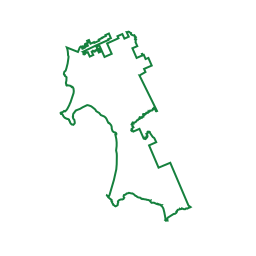 Hope Vale, Queensland, Australia, rotated 151°
{"feature_id": "25037944B25466476596436", "entity_name": "Hope Vale", "entity_type": "district", "adm_level": 2, "iso_a3": "AUS", "parent_name": "Australia", "parent_adm1": "Queensland", "projection": "albers", "projection_center": [145.212, -15.137], "detail": "fine", "context": "isolated", "style": "outline", "palette": "green", "viewbox_px": 256, "rotation_deg": 151, "n_neighbors": 0, "source": "geoboundaries", "source_scale": "gbopen_adm2", "svg_char_len": 5952}
<svg xmlns="http://www.w3.org/2000/svg" viewBox="0 0 256 256"><g transform="rotate(151 128 128)"><path d="M142.5,228.1L142.8,226.4L143.5,224.3L144.5,222.0L145.1,220.9L145.4,219.2L146.7,217.4L149.6,213.6L152.8,210.2L154.5,208.6L155.0,208.3L156.3,208.1L157.6,206.8L158.0,206.1L157.9,205.1L157.6,204.9L157.9,204.1L157.2,202.6L157.2,202.1L159.0,199.2L160.3,197.8L160.7,197.0L160.7,195.8L161.1,195.6L161.1,195.1L160.9,194.7L160.1,194.6L158.4,193.3L158.0,192.7L157.7,192.6L157.4,191.1L156.8,191.1L156.6,190.8L156.5,189.1L157.5,186.6L158.7,184.9L166.1,178.1L166.7,177.8L168.2,176.5L171.7,174.2L173.2,173.5L174.9,173.0L175.4,173.3L175.3,173.6L175.6,173.9L177.6,173.5L178.9,174.0L179.7,173.8L179.8,172.7L178.9,172.1L178.7,171.5L178.8,169.5L178.4,167.6L177.8,167.0L177.5,166.2L176.7,165.3L176.3,165.2L175.5,163.9L175.9,163.0L175.6,162.2L176.0,160.8L175.9,159.5L175.3,158.1L174.8,157.9L174.2,157.3L172.4,157.9L171.8,158.8L171.0,161.1L171.3,162.5L171.2,163.4L170.8,164.2L170.9,164.5L170.5,165.0L170.3,165.0L169.9,165.8L169.1,166.8L168.3,167.3L167.3,167.5L166.8,168.0L165.8,168.2L165.4,168.6L164.9,168.6L160.7,168.0L157.6,168.1L152.6,167.8L151.4,166.8L149.8,165.0L149.2,163.8L147.9,160.7L147.6,159.4L147.7,158.4L147.3,157.5L145.9,155.1L145.5,152.5L143.2,149.6L142.6,148.1L142.4,146.6L142.7,142.2L142.3,141.9L142.4,141.5L141.9,141.1L141.4,138.6L141.7,137.0L142.5,135.4L143.0,133.1L142.6,131.5L141.2,130.1L140.9,129.3L140.9,128.7L141.2,128.3L141.6,128.7L142.2,128.6L143.5,124.2L145.0,120.7L146.7,117.7L149.3,114.1L150.2,111.2L151.3,109.0L155.5,101.7L158.3,97.5L165.5,89.4L176.7,78.3L177.8,77.6L178.7,78.5L179.1,79.3L179.2,79.2L178.5,77.9L178.9,77.8L178.9,77.0L178.1,75.1L178.0,74.6L177.7,74.3L177.3,73.1L177.6,73.1L177.6,72.8L178.0,72.1L177.7,71.2L178.0,71.0L178.1,69.3L177.9,69.0L178.2,68.0L177.6,67.2L177.4,66.3L176.8,65.5L174.6,65.5L174.0,66.1L173.8,66.7L172.6,67.7L172.5,68.5L172.0,68.9L170.7,69.2L169.6,69.1L168.6,68.9L167.8,68.3L166.4,68.1L165.8,68.6L165.2,68.8L165.3,69.1L165.0,70.4L164.1,71.3L162.9,71.0L162.7,71.1L162.2,71.0L161.0,71.4L159.7,70.9L158.7,70.9L156.6,69.0L155.8,68.6L154.8,66.6L154.4,65.1L153.6,64.3L153.3,63.1L152.5,62.2L150.9,60.9L150.6,59.5L150.1,59.3L149.9,58.9L149.3,58.8L148.7,58.1L146.7,56.6L146.4,56.1L145.2,55.3L144.4,54.3L144.3,53.9L144.1,53.7L143.5,53.6L144.1,53.0L143.7,51.2L141.5,50.1L141.2,49.5L140.9,49.3L140.0,47.9L139.5,47.4L139.5,47.7L139.0,47.6L137.4,45.6L136.8,45.2L136.6,44.5L136.4,44.4L136.8,44.3L136.2,43.0L136.1,40.5L137.1,36.7L138.5,32.5L139.6,29.5L140.1,29.4L139.8,28.5L138.9,28.3L138.3,27.9L137.5,29.9L136.5,30.3L129.7,30.7L128.7,30.2L126.9,30.4L125.9,31.0L126.1,31.5L125.7,31.7L124.2,32.1L124.1,32.3L122.1,31.8L121.9,32.0L121.8,31.7L119.9,31.1L119.7,31.4L118.5,29.9L117.5,29.3L117.0,29.3L116.1,29.5L115.1,28.7L113.8,28.8L112.9,28.6L112.8,28.8L112.1,28.5L111.6,28.5L112.7,30.9L107.9,77.1L120.5,78.5L118.0,102.6L110.2,101.9L109.9,106.1L110.0,106.8L110.7,108.1L111.1,112.0L111.1,113.6L110.9,113.8L111.1,114.3L111.9,114.3L111.7,114.6L111.9,114.9L112.4,114.9L112.6,115.2L112.9,115.1L113.1,114.7L112.9,114.8L112.8,114.6L113.6,114.2L113.5,113.9L113.9,113.7L114.6,113.9L114.6,113.6L114.8,113.3L114.6,112.3L115.2,111.9L114.9,111.5L115.0,111.2L115.5,110.8L115.7,111.1L116.2,110.5L116.8,110.5L117.4,110.0L118.1,109.9L118.2,110.1L118.1,110.6L118.3,110.4L118.5,110.7L118.8,110.5L119.4,111.1L118.4,121.7L125.1,122.3L125.2,123.5L126.1,123.5L126.3,124.2L125.7,124.5L125.7,125.0L125.4,125.4L124.6,125.4L123.6,126.0L122.9,126.0L122.9,126.5L123.3,126.6L123.2,126.9L123.3,127.4L123.0,127.6L122.7,128.1L123.2,129.3L122.7,129.7L121.9,129.7L121.5,130.5L121.3,130.6L120.9,130.2L120.7,129.4L120.3,129.8L120.1,129.6L118.0,129.6L116.3,130.4L115.6,130.1L114.7,130.6L113.5,130.3L113.4,130.5L113.6,130.8L112.7,131.3L112.8,131.6L112.5,131.8L111.8,131.3L111.9,130.6L111.3,130.5L111.1,130.2L110.6,130.2L110.0,131.0L109.5,130.9L109.3,130.5L109.0,130.4L108.2,131.5L108.1,131.9L108.3,132.4L107.9,132.8L106.7,132.2L106.8,131.5L106.0,131.6L105.7,131.9L104.5,131.9L104.4,132.4L104.0,132.3L103.2,131.7L102.2,132.6L102.1,132.1L101.6,131.9L101.3,132.3L100.6,132.1L100.2,132.5L98.6,131.7L98.2,132.0L97.5,132.0L97.1,132.5L96.9,132.3L96.9,132.0L96.5,131.8L96.3,131.9L96.0,132.9L95.3,133.2L95.1,132.5L95.0,131.4L94.7,130.6L95.3,129.9L95.4,129.1L95.2,128.9L94.4,128.8L92.5,168.1L92.3,167.9L91.6,168.4L85.6,168.5L85.3,171.9L77.0,171.1L76.2,179.4L79.2,179.8L78.7,184.2L79.7,184.3L79.5,185.9L79.9,186.0L80.0,184.5L86.5,185.1L85.5,195.6L80.2,195.1L79.8,199.5L79.5,199.7L78.8,201.0L78.2,201.4L78.9,202.0L78.9,202.4L77.5,203.1L77.8,203.5L77.9,204.1L77.2,204.4L77.6,205.4L77.5,206.1L78.4,206.3L79.7,207.9L79.9,208.5L79.3,209.5L79.8,210.0L80.4,211.5L81.0,212.1L82.0,212.1L82.7,212.5L83.1,207.5L87.8,207.9L87.4,212.9L92.7,213.4L92.8,211.1L105.3,212.1L106.3,200.8L114.1,201.5L113.1,213.5L113.7,214.2L115.0,214.3L114.8,215.6L102.4,214.5L102.3,215.2L99.4,214.9L98.9,219.9L102.7,220.2L102.8,219.2L107.0,219.6L107.0,219.2L110.7,219.5L110.8,218.3L116.2,218.8L116.1,219.6L119.9,219.9L119.5,223.9L121.5,224.1L121.7,222.0L124.8,222.3L125.5,221.6L123.0,221.3L123.2,219.4L126.2,219.7L126.5,219.2L129.3,219.3L129.5,219.5L129.4,220.1L129.0,220.1L129.0,219.6L128.3,219.7L128.2,219.9L128.4,220.4L127.9,220.7L128.1,220.9L128.1,221.4L129.2,221.5L129.6,222.1L131.0,221.9L134.9,218.8L142.5,228.1ZM121.3,211.9L121.5,212.4L121.9,212.1L122.2,212.3L122.4,212.0L122.8,212.1L123.0,208.7L126.8,209.0L126.4,213.8L126.9,214.1L127.3,213.8L128.0,214.3L128.1,214.1L128.4,214.1L128.6,214.3L128.7,214.8L129.0,214.5L129.0,214.2L129.6,214.1L129.9,213.5L130.4,213.5L130.8,213.7L130.9,213.9L130.7,214.5L130.3,214.4L130.1,215.0L130.8,214.9L130.4,215.8L130.5,216.4L130.3,216.5L130.0,216.4L130.1,216.5L116.1,215.7L116.5,211.5L116.1,211.7L115.7,211.6L115.4,211.8L115.1,211.5L115.3,211.0L114.7,210.4L114.9,208.0L116.9,208.2L116.6,211.0L117.0,211.8L117.5,211.8L117.6,210.9L117.8,211.1L118.4,211.2L118.8,211.4L120.1,210.9L120.7,211.5L120.6,212.0L121.3,211.9Z" fill="none" stroke="#15803d" stroke-width="2"/></g></svg>